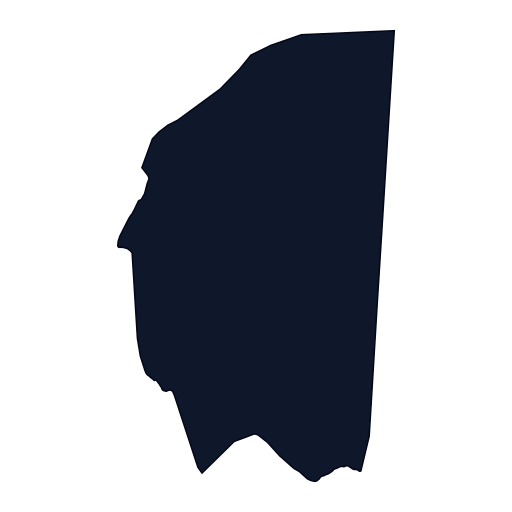 an SVG outline of Phalombe
{"feature_id": "MWI-1924", "entity_name": "Phalombe", "entity_type": "District", "adm_level": 1, "iso_a3": "MWI", "parent_name": "Malawi", "parent_adm1": "", "projection": "robinson", "projection_center": [35.629, -15.702], "detail": "fine", "context": "isolated", "style": "filled", "palette": "ink", "viewbox_px": 512, "rotation_deg": 0, "n_neighbors": 0, "source": "natural_earth", "source_scale": "10m", "svg_char_len": 1768}
<svg xmlns="http://www.w3.org/2000/svg" viewBox="0 0 512 512"><path d="M394.3,30.7L389.7,104.3L382.5,220.3L377.3,302.6L369.2,436.2L360.9,470.9L360.6,471.1L360.1,471.3L359.5,471.2L358.9,470.9L357.6,470.0L356.6,469.5L354.7,469.5L353.7,469.4L352.6,468.9L348.6,466.2L347.1,465.7L345.7,465.9L344.7,466.5L343.8,466.7L341.8,466.4L340.8,466.5L339.3,467.0L336.5,468.4L334.7,468.9L333.6,469.6L333.0,470.4L332.0,471.4L328.2,473.9L327.3,474.2L325.9,474.6L325.2,474.9L324.6,475.5L322.2,476.1L321.0,476.7L320.1,477.5L319.3,478.8L318.3,479.7L317.3,480.5L316.3,481.1L315.2,481.3L314.1,481.3L310.6,480.4L307.8,479.1L306.4,478.0L299.4,471.6L294.0,468.5L279.6,455.8L267.4,442.3L258.0,434.9L254.4,433.9L234.1,441.5L202.0,473.1L197.9,467.3L174.4,395.4L172.8,391.8L171.6,390.5L170.6,390.1L170.0,390.1L169.4,390.2L168.1,390.4L166.3,391.3L166.0,391.3L165.6,391.2L164.5,390.7L163.7,390.7L162.9,390.2L162.2,389.5L161.4,387.5L160.3,385.7L159.8,385.2L159.3,384.0L158.3,382.9L156.4,380.3L155.8,380.0L155.1,380.1L154.6,380.5L154.1,380.4L153.5,379.8L152.8,379.1L152.0,378.5L151.4,378.0L150.6,377.5L148.9,375.9L147.6,375.0L146.3,373.6L145.0,370.7L140.3,356.0L137.4,338.4L132.1,252.8L131.4,252.1L130.9,251.4L130.3,250.7L128.7,249.6L127.8,248.9L127.2,248.5L124.5,247.8L123.8,247.6L123.1,247.4L120.4,247.3L119.9,247.3L119.1,247.4L118.4,247.0L117.7,245.9L118.2,241.2L120.0,235.8L129.0,218.1L130.8,215.4L131.4,214.6L132.1,213.8L133.1,211.8L134.2,209.9L138.5,200.9L139.2,200.4L140.7,199.9L141.2,199.5L141.8,198.6L142.4,197.6L143.7,195.2L144.2,194.6L144.8,192.9L147.2,183.5L149.0,178.9L148.6,177.2L148.0,175.6L141.9,167.7L152.4,138.9L159.0,132.0L167.8,125.2L177.5,120.3L220.2,89.0L239.2,69.5L250.9,55.1L270.9,45.3L301.4,34.7L394.0,30.7L394.3,30.7Z" fill="#0f172a" stroke="#020617" stroke-width="1.5"/></svg>